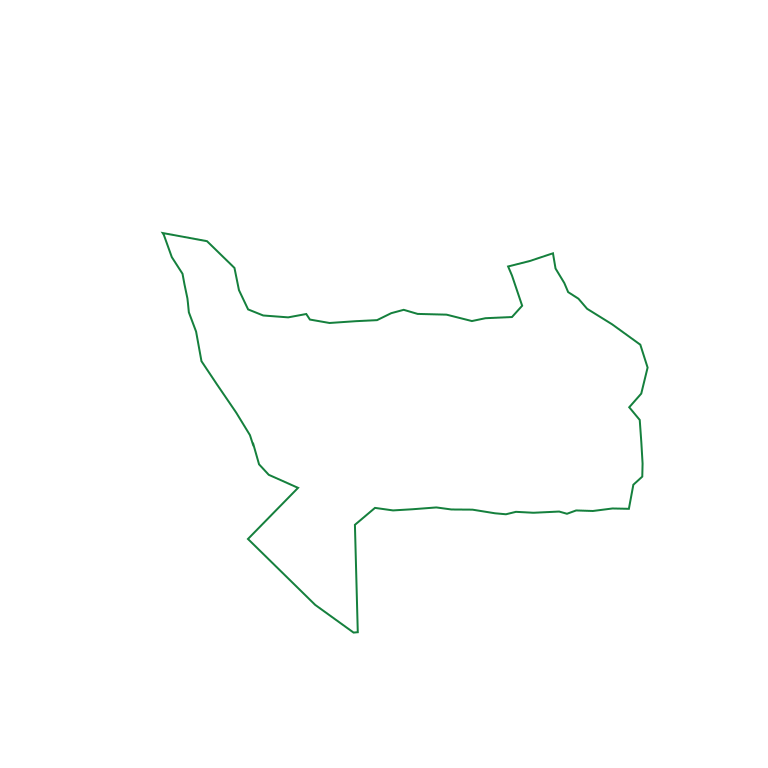 the district of Ikenne, Ogun, Nigeria, rotated 132°
{"feature_id": "59680162B19467626863877", "entity_name": "Ikenne", "entity_type": "district", "adm_level": 2, "iso_a3": "NGA", "parent_name": "Nigeria", "parent_adm1": "Ogun", "projection": "robinson", "projection_center": [3.67, 6.891], "detail": "fine", "context": "isolated", "style": "outline", "palette": "green", "viewbox_px": 768, "rotation_deg": 132, "n_neighbors": 0, "source": "geoboundaries", "source_scale": "gbopen_adm2", "svg_char_len": 1102}
<svg xmlns="http://www.w3.org/2000/svg" viewBox="0 0 768 768"><g transform="rotate(132 384 384)"><path d="M419.9,649.5L420.5,647.4L431.7,626.6L436.9,607.5L443.5,598.9L451.9,587.4L455.1,583.8L461.3,577.0L470.8,558.7L489.2,534.9L496.1,507.8L504.2,474.6L511.7,449.4L516.7,440.8L516.2,440.8L527.3,423.1L528.6,408.9L518.7,378.4L590.2,381.4L594.2,287.3L589.1,240.3L586.0,237.4L508.1,311.4L482.1,307.8L471.9,292.7L457.9,278.9L440.7,262.5L432.1,249.9L418.2,234.2L405.8,215.0L399.2,206.2L390.7,200.4L379.7,186.8L361.6,168.5L358.0,161.2L349.4,156.6L338.6,143.8L323.6,130.9L312.9,118.5L292.0,131.3L280.0,130.1L270.1,138.6L255.1,153.8L239.6,169.9L237.2,186.2L219.0,186.4L195.4,199.1L183.3,219.8L187.0,254.4L192.2,283.4L190.5,296.6L192.5,308.6L188.3,317.6L183.4,333.8L173.8,345.9L195.1,358.0L213.6,370.4L217.8,361.4L233.4,333.7L248.6,333.7L267.2,352.6L278.4,360.8L290.6,383.9L309.4,405.9L315.7,419.0L326.5,426.0L341.2,431.9L356.2,447.0L375.1,465.3L385.7,482.2L384.0,488.6L398.6,499.8L413.9,519.6L419.5,534.9L411.3,554.6L397.8,572.8L396.3,611.1L419.9,649.5Z" fill="none" stroke="#15803d" stroke-width="2"/></g></svg>